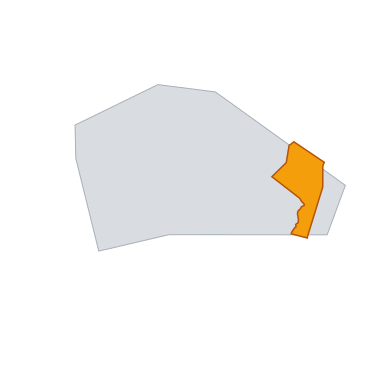 where Saint Peter sits in Barbados, rotated 127°
{"feature_id": "BRB-1997", "entity_name": "Saint Peter", "entity_type": "Parish", "adm_level": 1, "iso_a3": "BRB", "parent_name": "Barbados", "parent_adm1": "", "projection": "robinson", "projection_center": [-59.597, 13.271], "detail": "fine", "context": "in_parent", "style": "filled", "palette": "amber", "viewbox_px": 384, "rotation_deg": 127, "n_neighbors": 0, "source": "natural_earth", "source_scale": "10m", "svg_char_len": 879}
<svg xmlns="http://www.w3.org/2000/svg" viewBox="0 0 384 384"><g transform="rotate(127 192 192)"><path d="M235.1,305.0L208.9,325.7L126.8,283.9L98.0,233.5L94.4,73.5L144.9,58.3L240.0,184.8L295.3,230.9L235.1,305.0Z" fill="#d9dde1" stroke="#a8b0b8" stroke-width="1"/><path d="M159.3,72.2L165.7,87.6L164.1,88.2L158.8,88.5L157.5,88.1L157.4,88.0L157.2,88.0L155.7,89.5L155.2,89.6L154.7,89.5L154.4,89.3L154.1,89.2L153.6,89.1L153.2,88.8L151.8,89.2L149.8,90.6L145.8,94.8L143.7,95.8L142.3,95.9L141.8,95.5L141.4,95.4L141.2,95.4L140.9,95.5L140.6,95.5L139.9,95.4L139.5,95.4L139.1,95.6L138.6,95.7L138.2,95.7L137.4,95.4L136.8,95.2L136.2,94.8L135.9,94.5L135.7,94.4L135.4,94.3L135.2,94.4L134.8,94.6L134.3,94.8L133.4,99.4L132.2,102.1L131.7,137.4L111.8,134.4L96.4,142.5L90.6,140.8L88.7,104.2L92.3,103.3L109.3,90.6L158.5,72.8L159.3,72.2Z" fill="#f59e0b" stroke="#b45309" stroke-width="1.5"/></g></svg>